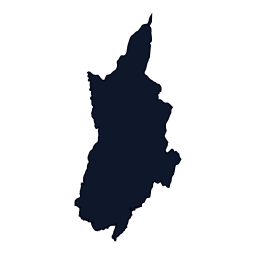 outline of Bucaramanga, Santander, Colombia
{"feature_id": "7082276B15400349523065", "entity_name": "Bucaramanga", "entity_type": "district", "adm_level": 2, "iso_a3": "COL", "parent_name": "Colombia", "parent_adm1": "Santander", "projection": "equal_earth", "projection_center": [-73.115, 7.167], "detail": "fine", "context": "isolated", "style": "filled", "palette": "ink", "viewbox_px": 256, "rotation_deg": 0, "n_neighbors": 0, "source": "geoboundaries", "source_scale": "gbopen_adm2", "svg_char_len": 5778}
<svg xmlns="http://www.w3.org/2000/svg" viewBox="0 0 256 256"><path d="M160.5,91.2L160.8,90.3L160.8,87.6L160.2,86.4L159.3,84.9L156.4,83.9L155.3,82.8L153.5,82.1L152.4,81.4L151.9,80.7L150.9,80.4L150.1,79.8L148.5,78.4L147.8,77.3L146.4,75.9L144.6,74.8L144.1,74.0L143.9,72.9L143.9,71.8L144.9,70.0L145.5,68.5L146.7,63.2L147.9,60.6L148.1,59.2L149.1,57.4L150.1,46.8L150.2,46.1L150.0,44.6L149.4,43.8L149.3,43.1L149.6,42.5L150.8,41.6L151.1,41.2L151.3,39.2L150.9,34.8L150.6,33.4L150.8,30.8L150.7,28.7L150.2,27.6L149.2,26.4L149.1,25.9L149.2,25.2L150.6,23.0L151.2,21.7L151.4,15.4L150.4,17.0L149.6,19.3L149.4,20.7L148.9,22.1L148.4,23.3L147.8,24.1L147.1,24.4L144.1,24.9L142.6,25.5L141.0,28.0L138.5,31.1L138.1,31.5L136.6,32.1L134.9,33.6L133.6,35.0L132.1,35.9L131.5,36.6L131.1,37.2L130.2,39.2L128.7,44.0L128.2,45.8L127.3,51.4L126.6,53.8L125.6,55.2L124.5,56.1L124.0,56.2L122.0,56.0L121.3,56.1L119.9,58.2L119.0,60.1L118.0,60.8L117.6,61.6L117.4,62.6L117.9,65.0L117.7,66.6L117.2,68.2L116.3,69.8L115.3,70.7L113.2,72.1L112.8,72.9L112.0,73.3L110.8,74.7L108.9,75.3L107.4,75.4L106.9,75.7L105.6,78.6L105.2,79.7L104.7,80.5L103.9,80.7L102.0,80.2L100.1,78.3L99.5,77.3L98.0,75.5L95.4,75.6L93.4,75.2L92.2,74.6L90.7,73.1L89.2,72.2L88.8,72.1L87.8,72.6L88.7,73.9L88.6,75.1L88.2,75.8L88.1,76.5L88.5,76.9L89.3,76.9L89.6,77.3L89.7,77.7L89.5,78.6L88.6,80.0L88.6,80.6L88.9,80.8L89.5,80.4L90.1,80.5L90.4,80.8L90.6,81.7L90.6,82.4L90.4,83.6L90.4,85.1L90.4,85.8L90.8,86.6L90.8,87.3L90.8,87.9L89.9,89.4L89.9,89.9L91.7,90.5L91.9,90.7L91.7,93.6L92.2,95.9L92.2,96.8L92.0,97.1L91.2,97.2L91.0,97.4L90.8,98.4L90.9,98.9L91.8,99.7L92.1,100.2L92.1,103.6L92.3,104.7L92.6,105.2L93.8,106.4L94.0,106.9L92.9,108.8L92.5,111.4L91.9,113.0L91.9,113.5L92.2,114.6L92.2,116.1L92.8,117.4L93.9,118.4L94.3,119.1L94.6,122.2L95.3,123.3L95.4,124.1L95.1,126.1L95.8,127.7L96.2,128.2L96.8,128.3L98.2,127.1L98.8,127.2L99.0,127.4L99.2,128.3L98.9,128.9L98.8,130.3L98.5,131.0L98.9,132.7L99.1,135.3L98.7,137.6L98.6,140.5L98.0,142.4L96.0,143.8L94.3,145.8L93.6,147.3L93.1,149.2L92.5,150.0L90.7,151.3L90.2,152.0L88.4,156.6L88.3,157.5L88.4,159.1L89.3,161.2L89.5,162.5L89.2,163.1L88.6,163.4L88.3,163.9L87.7,165.8L87.6,168.4L87.4,169.3L86.5,170.6L85.1,174.5L84.4,175.7L83.9,177.5L83.7,180.4L84.1,182.7L84.2,184.1L84.0,184.3L83.7,184.3L82.4,183.2L82.0,183.1L81.5,183.9L81.5,184.8L81.7,186.5L81.3,188.0L81.0,189.7L80.5,191.0L80.5,192.9L80.2,193.9L80.7,195.0L80.8,196.1L80.7,197.0L79.7,198.0L77.1,199.1L75.7,200.5L75.4,201.0L75.3,201.8L75.3,205.1L75.5,205.0L76.3,205.3L77.6,206.0L78.9,207.1L80.3,207.6L80.0,208.9L80.2,210.5L80.0,211.5L79.7,211.9L79.8,212.2L79.9,214.4L79.5,214.9L79.6,215.4L79.4,215.8L80.9,216.6L81.5,216.6L81.2,217.3L81.7,218.6L83.7,219.3L83.7,219.1L84.1,219.1L84.3,218.4L84.3,219.2L84.1,219.7L86.1,219.4L86.1,220.1L87.2,220.2L87.3,219.8L88.4,220.0L88.3,221.5L92.4,221.8L93.7,222.2L93.7,222.6L92.9,223.4L92.2,223.1L91.8,223.1L91.9,224.2L93.5,227.9L95.0,229.6L95.3,229.8L95.4,230.1L96.9,230.4L97.8,230.5L98.7,229.8L99.5,230.0L99.7,229.8L99.7,229.2L100.2,229.0L100.5,229.2L100.7,228.6L101.2,228.6L103.0,229.5L103.6,229.4L104.4,228.8L104.7,227.7L107.7,228.1L108.1,227.0L110.3,225.2L111.6,225.2L112.9,225.0L114.5,225.1L115.1,224.9L116.3,223.9L116.4,224.3L116.1,225.4L116.1,226.1L115.5,227.9L115.4,228.8L114.1,231.7L113.7,234.2L112.6,235.7L112.4,236.4L112.4,237.2L112.5,237.8L114.3,239.0L114.8,240.3L115.3,240.6L115.5,240.6L115.8,239.2L115.7,238.4L116.0,237.1L116.6,236.9L118.0,236.0L120.3,233.5L121.0,233.3L121.8,232.7L121.9,232.3L122.5,232.0L122.6,231.4L123.6,230.5L123.9,230.5L124.4,229.7L124.5,229.1L124.9,228.6L125.5,228.0L125.4,227.4L126.0,227.5L126.6,227.0L126.1,226.4L126.4,225.6L126.4,225.2L127.4,223.4L127.4,222.6L127.7,222.1L127.8,220.9L127.9,220.4L128.6,219.0L129.2,218.2L129.9,218.0L130.6,215.9L130.9,215.9L131.1,215.7L131.2,215.2L131.7,214.9L131.2,213.4L131.1,211.9L130.0,208.9L130.4,208.6L130.4,208.0L131.0,208.3L131.8,210.8L134.2,209.4L134.3,208.8L134.7,209.5L134.9,209.1L134.6,207.6L134.9,207.4L135.8,207.7L137.1,206.8L137.2,207.5L137.4,207.3L137.5,206.9L138.7,207.1L140.5,206.1L140.8,206.3L140.9,206.1L141.3,206.1L141.2,204.2L140.9,204.3L140.7,203.8L141.5,203.6L142.4,202.7L143.9,202.0L144.5,201.0L145.1,199.4L146.3,197.5L149.6,196.9L149.6,195.8L150.0,195.1L149.9,194.2L150.3,192.5L150.3,191.8L150.1,191.3L150.5,190.5L150.9,188.8L152.3,186.7L152.6,183.4L153.7,181.7L154.2,181.3L154.8,181.3L155.7,181.9L155.8,181.7L156.1,182.2L157.3,182.9L158.5,182.7L160.5,181.1L161.4,182.2L162.2,183.9L163.2,185.5L164.0,185.1L165.0,184.8L165.6,184.9L166.2,185.4L167.4,186.9L168.5,187.2L169.0,187.0L169.3,185.2L169.6,183.8L170.9,181.0L170.8,180.1L170.8,179.8L170.6,179.8L170.7,179.3L170.2,178.9L170.5,178.7L170.6,179.1L170.8,179.2L171.1,179.1L171.1,178.4L171.7,176.2L173.3,174.2L173.5,172.6L173.8,172.2L174.0,171.2L174.8,166.2L175.3,165.1L176.2,164.2L177.4,164.0L178.0,163.7L178.4,163.3L180.7,159.2L179.8,158.0L179.0,156.5L178.8,155.6L178.7,154.6L178.5,153.9L178.1,153.6L177.6,153.6L177.2,152.9L176.1,151.7L175.7,151.6L174.9,152.3L173.8,151.8L173.5,151.2L173.2,150.3L172.6,149.6L172.2,149.4L171.6,149.6L170.8,150.3L169.6,151.7L167.6,153.1L166.9,153.1L165.8,152.3L165.0,151.3L165.2,149.4L165.5,148.4L166.1,147.4L167.0,145.4L167.2,143.3L167.6,142.3L165.8,139.8L163.8,136.3L164.1,135.1L164.7,133.9L165.2,132.1L165.7,131.5L165.9,130.8L165.9,129.9L165.3,128.5L165.2,127.8L165.3,124.6L165.4,123.6L167.9,119.2L169.6,114.7L170.7,112.4L170.6,111.2L170.7,109.7L171.4,108.3L172.1,107.5L171.8,106.9L170.5,105.6L168.1,103.5L167.5,103.3L165.2,103.4L164.5,103.2L162.9,102.3L161.4,100.6L160.6,100.1L159.3,99.9L158.4,100.3L158.0,100.2L157.1,99.6L157.3,99.1L157.8,98.8L157.9,98.1L157.8,96.1L157.5,95.1L157.2,94.6L157.3,94.0L157.6,93.7L158.6,93.5L159.0,92.8L159.0,92.3L158.7,91.8L158.8,91.1L159.6,90.9L160.5,91.2Z" fill="#0f172a" stroke="#020617" stroke-width="1.5"/></svg>